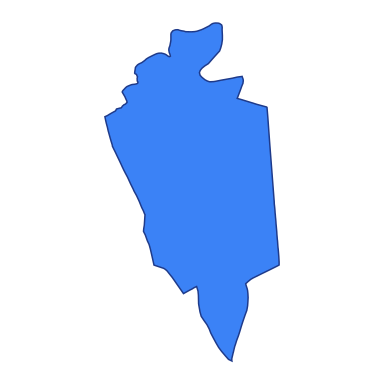 outline of An Phu, An Giang, Vietnam
{"feature_id": "81297802B41294306698552", "entity_name": "An Phu", "entity_type": "district", "adm_level": 2, "iso_a3": "VNM", "parent_name": "Vietnam", "parent_adm1": "An Giang", "projection": "mercator", "projection_center": [105.093, 10.836], "detail": "fine", "context": "isolated", "style": "filled", "palette": "blue", "viewbox_px": 384, "rotation_deg": 0, "n_neighbors": 0, "source": "geoboundaries", "source_scale": "gbopen_adm2", "svg_char_len": 3715}
<svg xmlns="http://www.w3.org/2000/svg" viewBox="0 0 384 384"><path d="M242.1,76.4L241.6,76.5L237.1,77.1L232.4,78.2L226.7,79.2L221.1,80.2L215.6,81.3L213.6,81.6L209.8,81.8L208.7,81.5L207.3,81.0L205.0,79.8L202.3,77.6L201.3,76.7L200.9,76.1L200.4,75.7L200.2,75.5L199.4,72.7L200.1,70.7L200.9,69.5L202.2,68.0L204.8,65.9L208.4,63.6L211.6,59.9L214.7,56.4L215.8,55.2L218.4,52.3L219.6,51.0L220.7,48.0L221.8,43.9L221.9,43.0L222.4,39.7L222.4,35.5L222.2,31.6L222.1,29.7L222.2,27.6L222.0,26.0L221.6,24.9L220.6,24.2L219.6,23.5L218.1,23.1L215.4,23.0L214.0,23.2L212.8,23.5L211.6,24.1L209.2,25.9L203.3,28.9L201.2,29.8L197.0,31.2L194.7,31.6L191.8,31.8L189.9,31.8L185.7,31.7L183.7,31.1L181.7,30.8L179.5,30.3L178.3,29.8L177.1,29.7L175.1,29.9L172.8,30.8L171.3,32.7L171.1,33.3L171.0,33.7L170.9,34.3L170.9,39.5L170.8,40.9L169.9,45.7L169.2,47.5L168.9,48.7L168.8,50.1L169.3,52.8L169.7,53.6L170.2,55.2L170.4,56.2L169.7,56.6L169.0,56.6L167.7,55.9L166.4,54.9L165.0,54.1L163.5,53.6L161.3,53.1L158.6,53.2L156.6,53.7L155.0,54.4L152.9,55.4L148.5,57.6L146.3,59.0L144.7,60.5L141.8,62.6L139.0,63.9L137.5,64.9L135.7,67.0L135.3,67.9L135.3,68.6L135.1,69.7L134.8,71.6L134.8,72.4L134.6,73.0L134.8,73.4L135.1,73.7L135.3,73.9L136.2,74.2L136.6,74.6L136.8,75.3L137.1,76.0L137.2,76.3L137.5,76.8L137.4,77.0L137.3,77.6L137.1,78.7L137.2,79.5L137.2,80.5L137.3,81.1L137.7,81.8L137.9,82.0L137.9,82.6L137.7,83.2L137.1,83.6L136.3,83.9L135.4,84.1L134.3,84.3L132.9,84.4L131.4,84.7L128.4,85.9L126.9,86.6L125.9,87.4L124.8,88.5L124.3,89.1L123.6,89.8L122.9,90.6L122.5,91.2L122.2,92.0L122.8,93.1L123.9,95.0L124.9,96.7L125.7,98.6L126.9,101.2L127.0,102.6L126.6,102.8L126.1,103.4L125.5,104.1L124.0,104.7L123.5,105.2L122.4,106.1L121.8,107.1L121.1,107.9L119.8,108.1L116.5,109.0L115.5,110.9L111.3,113.2L106.9,115.8L104.9,116.7L105.6,120.2L106.4,123.6L107.4,127.3L108.2,130.9L109.1,134.1L109.2,134.5L110.2,138.1L111.2,141.6L111.4,142.2L112.3,145.1L112.4,146.2L113.6,148.7L115.4,152.3L117.1,155.9L118.8,159.4L120.5,163.0L122.1,166.5L123.8,170.1L125.6,173.6L127.5,177.1L129.1,180.6L130.7,184.1L132.4,187.5L133.0,188.7L133.1,188.9L134.0,191.0L136.6,195.7L139.2,201.3L141.7,207.5L143.4,210.9L144.6,214.0L145.0,214.6L144.3,225.2L143.7,228.9L143.5,231.4L145.3,235.0L147.4,240.9L149.1,244.5L150.3,248.8L151.9,255.7L154.0,265.1L163.6,268.3L164.8,269.0L166.8,270.6L172.3,277.5L183.5,293.6L184.9,292.8L189.6,290.2L192.4,288.8L193.1,288.3L193.4,288.1L194.1,287.7L195.8,286.9L196.6,286.5L198.0,291.0L198.4,295.2L198.5,299.5L198.6,303.8L199.3,307.9L200.0,311.9L201.2,316.3L204.0,320.5L207.0,324.7L209.2,328.9L210.8,333.1L213.3,337.9L215.9,342.7L218.7,347.5L221.6,351.4L225.5,356.0L227.8,358.6L228.5,359.4L231.9,361.0L231.8,360.3L231.8,358.6L232.5,355.7L233.0,353.5L233.2,352.6L233.3,352.5L233.9,349.8L234.7,346.5L235.4,344.5L236.6,340.6L238.5,335.5L240.0,330.8L241.3,326.4L242.7,322.0L244.2,317.6L245.2,314.7L246.8,310.4L247.4,307.1L247.6,305.9L247.9,301.7L248.1,297.6L247.9,293.6L247.6,290.6L247.2,288.8L246.0,285.0L245.7,283.7L248.1,281.5L250.8,279.3L253.2,277.9L258.7,275.2L261.3,273.9L269.3,270.0L277.7,265.8L279.1,265.0L279.1,263.4L279.1,262.0L278.8,256.5L278.6,254.0L278.4,251.4L278.2,249.2L278.0,247.6L277.8,245.1L277.6,242.1L277.5,240.7L277.3,239.3L277.2,238.0L277.1,236.8L276.9,234.5L276.8,232.7L276.7,231.1L276.5,228.9L276.3,226.5L276.1,224.6L276.0,223.4L275.9,221.7L275.7,219.2L275.5,217.3L275.3,214.6L275.1,213.0L275.0,211.0L274.8,208.6L274.5,205.7L274.3,204.1L274.2,201.6L269.8,144.6L267.8,117.0L267.0,107.4L266.6,107.0L257.4,104.5L255.4,103.9L253.0,103.1L251.6,102.7L245.4,100.8L241.8,99.7L237.2,98.4L238.1,96.1L239.3,92.9L240.2,90.6L241.8,86.1L243.0,83.2L243.1,81.8L243.3,81.0L243.2,79.8L243.0,78.9L242.5,77.6L242.1,76.4Z" fill="#3b82f6" stroke="#1e3a8a" stroke-width="1.5"/></svg>